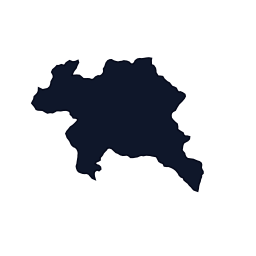 Cabo Verde, Minas Gerais, Brazil, rotated 56°
{"feature_id": "56859067B98628582870895", "entity_name": "Cabo Verde", "entity_type": "district", "adm_level": 2, "iso_a3": "BRA", "parent_name": "Brazil", "parent_adm1": "Minas Gerais", "projection": "albers", "projection_center": [-46.381, -21.483], "detail": "fine", "context": "isolated", "style": "filled", "palette": "ink", "viewbox_px": 256, "rotation_deg": 56, "n_neighbors": 0, "source": "geoboundaries", "source_scale": "gbopen_adm2", "svg_char_len": 3334}
<svg xmlns="http://www.w3.org/2000/svg" viewBox="0 0 256 256"><g transform="rotate(56 128 128)"><path d="M201.7,89.4L199.7,87.6L198.1,87.0L196.1,87.6L194.0,89.2L192.2,90.4L190.6,91.4L188.9,93.3L186.7,95.8L184.3,96.3L182.4,96.0L180.6,95.3L178.4,95.6L176.6,95.7L175.2,94.4L173.2,92.6L171.6,90.5L171.6,88.2L171.9,85.6L171.4,83.3L169.7,81.8L167.8,83.5L166.8,85.1L164.9,85.7L162.8,85.1L160.8,86.1L159.2,86.8L156.9,87.7L154.6,86.1L152.2,85.0L149.1,85.9L146.1,86.4L143.8,86.5L141.7,85.4L140.1,84.0L139.4,81.8L139.7,78.9L138.1,75.9L136.6,72.5L135.8,68.2L134.8,64.8L133.7,62.8L131.9,62.1L129.3,63.1L127.3,64.4L126.5,66.0L124.6,66.2L122.0,65.8L120.2,66.7L118.3,68.2L116.0,68.4L113.8,68.5L111.6,69.7L109.7,70.2L107.5,70.7L104.8,70.5L103.3,72.1L101.8,74.1L99.7,74.0L97.5,73.9L95.8,72.8L93.7,71.9L90.6,71.9L88.6,73.3L86.7,72.1L85.0,71.1L83.4,69.6L81.6,71.5L80.4,73.7L79.4,75.9L78.3,78.1L77.1,79.5L76.2,81.6L76.3,84.3L77.3,85.9L77.8,87.9L76.6,89.9L74.0,90.3L72.0,91.7L70.0,94.0L69.5,95.8L68.6,97.5L67.8,99.4L66.3,100.9L64.3,102.5L62.2,103.5L61.3,105.1L61.0,107.2L61.8,109.6L62.9,111.1L64.2,112.7L65.3,115.2L67.4,116.3L68.6,117.7L69.3,119.8L69.3,122.0L68.0,123.7L67.6,126.4L68.3,129.5L67.4,131.3L65.7,132.5L64.5,134.1L63.5,135.7L62.2,137.5L59.6,138.1L57.3,138.8L55.5,141.0L54.2,143.3L53.1,145.0L51.6,143.3L50.2,140.7L49.2,137.5L47.9,135.8L46.9,134.1L46.0,132.4L44.0,131.7L43.5,134.5L42.3,136.9L39.5,138.8L39.4,142.7L40.6,145.8L38.2,147.9L37.7,150.5L36.6,152.0L37.2,154.4L37.6,157.8L39.0,160.0L42.1,160.3L44.3,161.4L46.6,165.8L48.4,167.3L50.1,169.6L50.5,172.6L48.6,177.4L44.7,179.7L47.3,181.6L48.6,183.6L49.1,185.6L49.5,188.1L51.6,190.1L52.4,191.8L53.6,193.9L55.7,193.7L57.6,193.5L59.5,193.5L61.2,193.7L62.7,192.6L63.9,191.0L65.5,188.9L68.3,187.6L70.5,186.4L71.5,183.9L73.2,181.9L73.5,179.8L73.6,177.6L74.7,175.9L76.1,174.1L77.1,171.8L78.6,169.3L80.6,167.6L82.7,167.1L84.5,168.2L86.7,167.6L89.0,167.7L90.6,165.7L92.4,164.6L93.8,166.0L94.2,167.7L94.7,170.0L95.0,172.4L95.0,175.2L95.9,177.9L96.6,180.4L97.9,182.7L99.9,183.1L102.0,183.7L104.4,183.5L106.6,183.5L108.7,183.9L110.4,184.1L112.8,183.6L114.6,182.4L116.8,182.0L119.0,182.3L121.0,183.1L122.9,184.7L124.2,185.6L125.8,187.1L127.6,188.8L129.2,190.2L130.8,192.2L132.6,193.0L134.6,193.5L136.5,193.4L138.1,192.4L140.0,191.0L141.3,189.5L142.4,187.6L144.3,186.3L147.2,186.0L149.6,185.7L152.3,184.0L149.2,183.0L147.0,181.8L145.4,180.1L145.3,177.2L147.2,175.9L146.9,173.6L145.0,172.7L142.7,173.2L141.3,174.4L139.1,175.2L138.3,173.3L138.8,171.3L139.0,169.1L136.9,167.6L136.5,165.7L135.9,164.0L135.0,162.6L134.4,160.2L134.0,158.1L133.2,156.4L134.2,154.3L136.0,152.9L139.2,152.2L141.6,151.6L143.4,150.3L145.9,149.2L147.7,147.6L148.7,145.9L149.6,144.2L151.0,143.1L153.8,142.3L155.2,140.2L156.0,138.4L157.0,136.3L157.4,134.0L157.9,132.3L159.5,130.6L160.5,128.1L161.6,126.7L163.0,124.9L164.6,123.5L166.1,121.9L167.7,120.4L170.5,120.7L173.0,121.0L174.9,120.2L177.1,118.7L179.8,119.2L181.4,117.4L182.5,115.7L184.2,114.5L185.8,113.5L187.7,112.6L189.9,111.9L191.9,111.7L193.9,111.6L195.9,111.9L198.2,111.4L200.3,110.0L202.5,110.6L204.6,110.0L207.4,109.1L209.8,109.0L212.4,108.4L214.4,108.3L216.1,108.0L217.8,106.8L219.4,105.6L217.6,103.7L215.6,102.0L213.8,100.0L212.7,98.3L211.1,96.7L209.6,94.5L207.9,93.3L207.5,91.1L205.9,90.1L203.6,90.0L201.7,89.4Z" fill="#0f172a" stroke="#020617" stroke-width="1.5"/></g></svg>